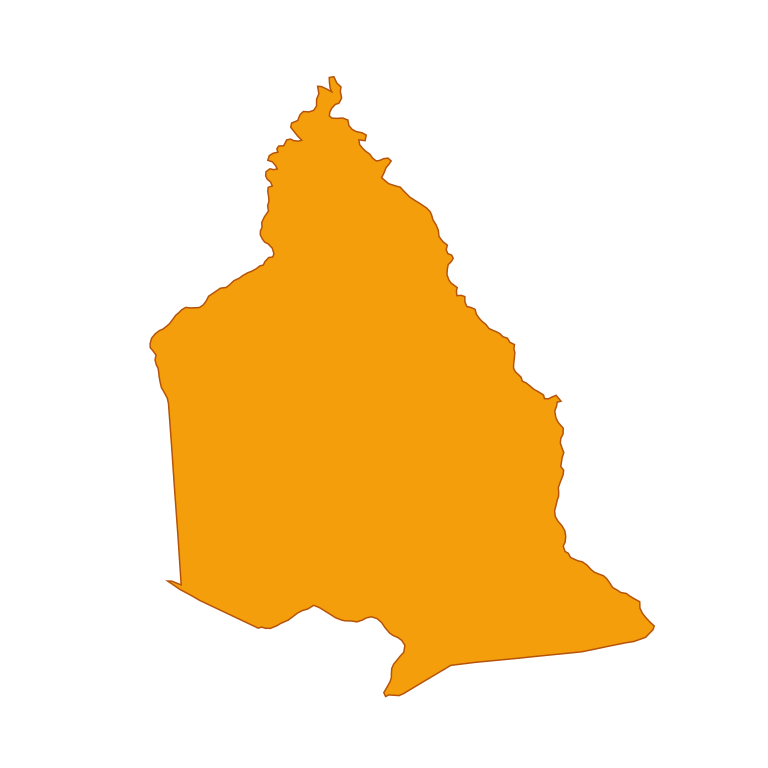 outline of Nortelândia, Mato Grosso, Brazil, rotated 173°
{"feature_id": "56859067B4738325459726", "entity_name": "Nortelândia", "entity_type": "district", "adm_level": 2, "iso_a3": "BRA", "parent_name": "Brazil", "parent_adm1": "Mato Grosso", "projection": "albers", "projection_center": [-56.739, -14.389], "detail": "fine", "context": "isolated", "style": "filled", "palette": "amber", "viewbox_px": 768, "rotation_deg": 173, "n_neighbors": 0, "source": "geoboundaries", "source_scale": "gbopen_adm2", "svg_char_len": 4172}
<svg xmlns="http://www.w3.org/2000/svg" viewBox="0 0 768 768"><g transform="rotate(173 384 384)"><path d="M600.3,391.0L602.7,342.0L602.9,338.4L604.6,307.3L607.2,255.0L609.8,209.3L618.7,214.2L622.7,214.8L611.4,204.8L601.4,197.8L593.5,191.8L538.6,157.0L535.0,157.6L531.5,156.0L526.6,155.3L519.6,157.2L515.9,158.9L512.3,160.0L508.1,161.2L504.5,163.2L497.8,167.2L492.5,169.1L487.1,170.0L480.7,172.9L475.5,170.0L470.7,166.2L466.5,162.8L460.6,157.9L454.5,154.7L451.2,153.6L445.7,152.9L439.9,151.2L434.3,152.3L430.1,154.0L424.9,154.5L419.4,152.0L415.2,147.2L413.0,142.6L408.7,136.0L405.5,133.2L401.0,130.6L397.6,127.3L395.1,122.0L397.1,115.3L401.0,112.0L404.8,108.3L408.6,104.7L411.0,100.6L412.0,95.4L412.4,91.9L414.1,88.1L417.0,84.0L421.8,77.7L420.5,73.6L417.0,74.8L407.0,72.9L401.8,74.5L398.6,76.0L381.5,83.6L352.0,96.6L327.1,96.6L282.8,95.4L274.1,95.3L220.1,94.1L195.1,96.2L177.1,97.6L167.3,98.0L155.2,100.7L146.9,107.4L145.3,110.9L149.2,115.5L152.5,120.1L155.4,124.8L157.3,130.3L156.7,136.7L162.5,140.9L166.4,144.0L168.9,146.5L174.4,148.2L177.4,150.8L181.9,154.2L184.3,159.3L186.7,163.6L189.6,167.0L194.0,169.2L198.2,171.6L201.1,174.6L204.6,179.5L208.8,183.3L213.3,185.0L216.5,186.9L220.0,189.1L221.7,193.5L224.7,195.7L225.9,201.2L223.5,204.9L222.2,210.6L222.4,216.1L224.5,221.3L227.9,226.4L230.2,231.7L230.1,237.4L228.1,242.5L226.3,247.4L224.4,251.3L223.8,255.3L223.6,259.9L221.4,264.4L219.1,268.7L217.2,272.3L216.2,276.6L218.6,280.5L217.3,285.1L216.2,289.1L213.9,294.0L215.0,298.4L216.2,303.8L215.2,308.3L212.3,312.7L211.5,318.3L213.9,321.8L215.9,324.9L217.5,329.7L217.8,336.3L215.3,341.3L214.4,344.8L210.4,345.4L214.6,351.8L218.8,350.6L222.6,349.3L226.5,349.9L227.0,353.6L231.2,357.1L235.8,360.4L239.1,364.0L242.6,367.6L246.4,370.0L247.1,374.0L249.8,377.4L252.1,380.1L253.5,384.0L252.8,388.4L251.3,394.5L250.3,399.3L250.8,402.9L249.7,407.2L254.0,410.1L255.9,414.4L260.2,416.4L262.7,419.7L266.0,422.1L269.4,424.0L273.1,426.3L275.7,430.8L279.0,434.2L281.5,437.6L283.8,442.0L284.5,447.0L288.1,449.2L292.4,450.9L293.7,455.9L293.1,460.9L296.7,462.6L300.9,462.8L300.8,467.5L299.6,470.8L302.8,473.8L305.3,476.2L307.0,479.6L308.2,485.0L307.1,490.5L305.7,494.7L302.2,497.4L300.0,500.3L301.1,503.6L304.8,505.7L305.9,509.8L304.2,514.1L308.2,518.1L311.4,523.6L311.4,530.2L313.0,535.8L315.4,541.0L316.2,546.2L317.2,549.4L320.3,553.5L323.6,556.4L327.1,559.4L330.6,562.1L335.7,566.4L338.8,570.5L341.1,573.4L343.9,577.4L348.9,579.4L355.0,582.3L358.2,585.7L361.2,589.1L358.1,593.8L355.6,598.5L352.5,601.3L349.7,604.5L352.5,607.7L356.9,607.7L360.7,606.5L364.5,606.3L367.8,609.6L370.2,614.0L373.7,617.1L376.4,620.4L379.0,624.5L379.2,629.4L373.1,627.8L371.3,633.2L375.1,636.0L380.7,637.9L384.6,640.6L387.3,644.7L387.7,650.4L392.5,653.0L398.5,653.4L403.2,654.2L405.6,656.8L404.7,660.4L402.3,664.0L398.3,667.4L394.5,668.2L391.2,673.0L391.7,679.8L390.5,684.1L394.2,688.5L396.3,695.1L401.0,694.9L401.4,689.9L401.4,684.3L400.3,680.4L405.6,684.2L409.8,686.8L413.6,687.6L413.3,680.0L416.2,674.9L417.1,668.1L420.4,664.2L425.3,663.2L430.8,664.3L434.4,661.7L437.6,656.0L443.9,654.3L445.3,650.2L442.3,645.2L439.2,640.2L435.9,636.0L439.4,635.5L443.9,636.5L446.9,638.5L450.9,638.1L454.5,632.7L459.6,633.0L461.7,630.4L461.1,627.0L465.8,626.6L470.0,624.7L472.1,620.2L467.7,618.1L465.1,614.2L463.7,610.4L467.5,610.2L471.0,611.5L475.2,609.1L476.1,605.0L475.0,601.6L471.9,598.2L470.8,594.1L475.0,593.3L475.9,589.3L475.7,584.4L475.9,579.5L477.8,575.1L477.6,569.8L482.4,564.4L485.6,559.3L486.0,554.2L488.0,551.1L488.6,547.2L487.3,543.2L485.2,539.4L481.9,537.2L478.3,532.3L477.4,526.8L478.9,523.6L482.9,523.6L487.1,520.2L489.3,516.8L492.9,516.3L497.1,513.8L501.7,512.0L505.5,511.1L510.9,508.9L514.9,506.6L520.3,504.9L525.3,501.2L528.8,499.1L534.8,499.0L539.0,496.8L542.6,494.9L547.4,492.5L550.5,487.9L553.9,484.4L558.0,482.4L562.3,482.7L567.2,483.1L571.3,484.2L575.6,482.4L578.8,479.9L582.3,477.6L585.5,474.2L589.4,470.1L593.7,467.2L596.9,465.4L600.4,464.4L605.1,461.6L609.1,457.7L611.2,452.7L611.6,448.6L609.6,445.6L606.7,440.5L608.3,435.9L607.7,430.9L606.3,427.1L606.2,423.3L606.3,418.9L606.0,413.5L605.4,407.7L603.0,402.0L600.8,396.4L600.3,391.0Z" fill="#f59e0b" stroke="#b45309" stroke-width="1.5"/></g></svg>